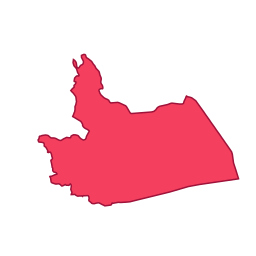 SVG path tracing the border of Kandahar, rotated 251°
{"feature_id": "AFG-1754", "entity_name": "Kandahar", "entity_type": "Province", "adm_level": 1, "iso_a3": "AFG", "parent_name": "Afghanistan", "parent_adm1": "", "projection": "orthographic", "projection_center": [66.2, 31.058], "detail": "fine", "context": "isolated", "style": "filled", "palette": "rose", "viewbox_px": 256, "rotation_deg": 251, "n_neighbors": 0, "source": "natural_earth", "source_scale": "10m", "svg_char_len": 5202}
<svg xmlns="http://www.w3.org/2000/svg" viewBox="0 0 256 256"><g transform="rotate(251 128 128)"><path d="M210.5,98.7L209.4,99.5L207.9,100.1L206.3,100.3L203.0,99.6L201.4,99.7L200.8,100.7L201.2,101.6L201.9,102.5L202.6,103.5L202.9,105.8L203.7,106.7L204.7,107.3L205.7,107.6L209.9,107.0L211.8,107.6L212.0,110.1L211.5,111.2L210.8,111.6L208.7,111.5L207.9,111.8L207.2,112.3L206.5,112.9L203.3,115.0L202.4,115.4L199.7,116.0L197.8,116.8L194.8,117.2L191.3,118.8L190.3,119.0L187.1,118.7L184.4,118.9L183.6,118.8L182.5,118.4L180.7,117.4L179.7,117.1L178.6,117.1L176.7,117.6L175.7,117.6L174.5,117.4L173.9,117.2L173.5,116.9L173.4,116.4L173.6,116.1L173.9,115.7L174.0,115.2L173.9,113.9L173.5,113.1L172.8,112.7L169.8,112.8L167.9,113.3L164.5,115.1L163.0,116.4L161.8,117.8L160.5,118.8L158.5,119.1L157.3,119.9L155.6,126.6L154.6,128.0L149.8,133.0L148.7,133.5L141.8,134.9L140.9,135.4L140.5,136.2L135.5,155.4L135.3,157.9L136.2,160.3L137.4,161.9L137.8,162.7L138.1,163.9L138.2,165.1L137.3,173.0L137.4,176.6L137.2,177.7L133.9,184.5L133.1,186.8L133.0,187.7L133.3,188.5L135.1,189.8L137.2,191.9L138.8,193.2L139.2,193.7L139.0,194.0L138.6,194.1L138.3,194.3L137.2,196.2L135.9,198.0L131.8,200.9L127.4,202.2L124.4,203.1L121.4,204.0L118.4,204.9L115.4,205.7L112.4,206.6L109.3,207.5L106.3,208.3L103.3,209.2L100.3,210.1L97.3,210.9L94.3,211.8L91.3,212.7L88.3,213.5L85.3,214.4L82.3,215.2L79.3,216.1L71.7,218.2L69.2,218.1L60.6,216.4L53.5,216.3L44.0,216.0L44.0,215.7L51.3,177.3L53.0,165.9L53.9,146.7L56.6,117.1L56.8,115.1L57.6,105.8L58.4,102.5L60.0,96.7L60.8,94.9L60.9,94.5L61.7,89.3L62.2,88.6L62.0,88.3L61.7,88.1L61.4,87.8L60.9,87.3L60.8,86.9L60.8,86.3L61.8,81.3L62.0,80.8L62.1,80.5L62.3,80.4L63.2,79.6L63.5,79.2L65.8,77.0L66.6,76.2L66.9,75.6L67.3,73.5L67.4,71.5L67.8,70.4L68.2,69.7L68.5,69.4L68.7,69.1L69.0,69.0L69.3,68.9L70.2,68.4L71.1,67.8L71.5,67.5L72.0,67.4L72.7,67.5L73.1,67.7L74.0,68.2L74.4,68.4L74.9,68.5L75.9,68.5L76.7,68.4L77.0,68.2L77.3,67.7L78.0,65.0L78.4,64.2L78.6,63.7L78.6,63.4L78.4,63.1L78.2,63.0L78.0,62.8L78.2,62.6L78.3,62.5L78.7,62.2L78.9,62.0L79.1,61.7L79.1,61.1L79.2,60.8L79.6,59.8L79.7,59.3L79.7,59.0L80.0,58.1L81.4,56.8L82.3,56.3L82.5,56.2L82.6,55.7L83.5,52.6L84.0,52.8L84.7,53.7L85.1,53.9L85.7,54.0L88.4,53.9L89.1,54.2L91.1,55.3L91.8,55.5L92.4,55.7L93.2,55.6L93.6,55.5L93.9,55.2L93.1,53.7L93.1,53.4L93.1,53.1L93.4,52.7L93.5,52.4L93.8,51.4L93.9,51.1L94.0,50.9L94.7,50.5L95.0,50.3L95.0,50.0L94.7,48.8L94.6,47.5L94.6,46.9L94.7,46.6L94.8,46.4L95.8,45.9L96.5,45.6L97.1,45.1L97.5,44.7L98.0,43.8L98.1,43.1L98.3,42.2L98.5,41.5L99.1,40.6L100.8,38.4L101.2,38.1L101.3,38.0L101.5,37.9L101.8,37.8L102.2,37.8L105.9,38.5L106.5,38.5L107.4,38.2L107.5,38.2L107.7,38.5L107.6,38.9L107.4,39.4L107.3,40.2L107.6,43.6L107.5,45.2L107.5,45.6L107.6,45.9L107.9,45.9L108.7,45.7L109.0,45.6L109.2,45.4L109.4,45.2L109.6,45.0L110.3,43.9L110.4,43.7L110.6,43.5L110.9,43.4L111.3,43.2L111.9,43.0L112.2,43.0L112.7,43.1L114.3,43.7L114.6,43.7L115.7,43.5L116.1,43.6L116.9,43.8L119.6,44.2L121.9,44.4L122.6,44.6L122.6,44.8L122.8,45.3L122.8,45.5L123.4,46.2L123.7,46.6L124.2,46.8L124.7,46.8L125.5,46.7L128.6,47.1L130.2,46.8L130.5,46.6L130.6,46.3L130.7,46.1L130.7,45.9L130.7,45.3L130.7,44.9L130.8,44.6L131.1,44.3L131.3,44.1L131.5,44.1L131.6,44.3L131.7,44.5L131.9,44.7L132.5,44.8L133.0,44.7L136.3,44.1L136.9,43.9L137.1,43.6L138.3,42.9L139.9,43.5L140.4,43.5L141.0,43.5L141.4,43.4L141.7,43.1L142.7,41.5L143.3,40.1L143.5,39.7L143.8,39.2L144.1,39.0L144.3,39.0L144.6,39.1L144.8,39.1L145.0,39.1L145.5,39.0L145.9,39.1L146.1,39.2L146.3,39.4L146.4,39.8L146.6,40.0L147.3,40.5L147.6,40.8L147.8,40.9L148.3,41.1L148.7,41.3L148.9,41.6L149.0,41.9L149.0,42.2L148.8,42.8L148.8,43.1L148.9,44.1L148.9,44.4L148.8,44.8L148.3,47.5L148.2,47.8L147.7,48.8L147.0,49.9L146.8,50.1L146.3,50.4L144.5,51.4L144.0,51.8L143.6,52.2L142.9,54.1L142.7,54.7L142.1,55.7L141.3,56.7L140.1,57.7L138.9,58.9L138.6,59.4L138.3,59.9L138.1,60.6L138.1,61.1L138.2,61.6L138.5,62.2L138.5,62.5L138.6,63.3L138.7,63.7L138.8,63.8L138.9,65.3L139.1,66.6L139.1,66.9L139.0,67.2L138.3,68.4L137.6,70.0L137.6,70.4L137.7,70.7L137.9,70.8L138.4,71.2L138.9,71.6L139.2,72.9L139.3,74.4L139.1,74.8L138.5,76.3L137.5,77.8L137.0,78.3L136.8,78.5L136.5,78.6L134.7,79.2L133.4,79.9L132.8,80.3L131.1,81.9L131.1,83.4L131.2,83.9L131.5,84.4L131.7,84.7L131.9,84.9L133.6,86.0L137.6,90.3L137.8,90.3L138.1,90.3L140.1,88.9L141.3,87.6L142.0,87.1L142.9,86.5L143.9,86.1L144.9,85.9L145.2,85.9L145.4,86.0L145.6,86.1L146.1,86.2L146.9,86.2L149.1,85.7L149.7,85.5L156.1,80.1L156.7,79.5L156.9,79.4L157.1,79.5L157.4,79.9L157.6,80.2L160.0,82.1L160.8,82.9L163.1,84.1L165.1,84.7L165.6,84.9L166.0,85.3L166.4,85.7L167.3,86.4L168.5,87.1L169.3,87.6L169.7,87.9L170.2,88.0L170.5,88.0L171.8,88.3L174.1,88.8L175.3,88.7L178.8,87.6L179.9,87.0L182.0,86.1L183.4,88.4L184.0,90.2L184.1,90.4L184.3,90.5L185.0,90.5L185.3,90.6L185.7,90.8L185.9,90.9L185.9,91.0L186.7,92.5L187.0,92.9L187.4,93.2L187.9,93.5L188.4,93.7L188.5,93.7L188.9,93.4L189.2,92.7L189.3,92.5L189.5,92.3L190.3,92.5L192.6,93.8L193.7,95.8L193.9,96.7L193.9,96.9L193.4,97.8L193.3,98.2L193.3,98.5L193.7,98.8L194.0,98.8L194.5,98.9L194.8,98.9L196.4,98.5L196.7,98.4L200.1,98.6L201.0,98.5L201.7,98.3L204.4,97.2L205.6,97.2L207.5,97.3L207.9,97.4L210.5,98.7L210.5,98.7Z" fill="#f43f5e" stroke="#9f1239" stroke-width="1.5"/></g></svg>